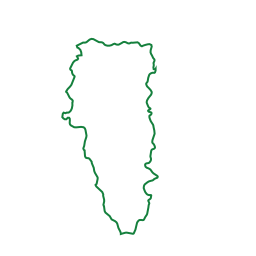 map outline of Transcarpathia (Equal Earth projection), rotated 63°
{"feature_id": "UKR-293", "entity_name": "Transcarpathia", "entity_type": "Region", "adm_level": 1, "iso_a3": "UKR", "parent_name": "Ukraine", "parent_adm1": "", "projection": "equal_earth", "projection_center": [23.378, 48.491], "detail": "fine", "context": "isolated", "style": "outline", "palette": "green", "viewbox_px": 256, "rotation_deg": 63, "n_neighbors": 0, "source": "natural_earth", "source_scale": "10m", "svg_char_len": 4625}
<svg xmlns="http://www.w3.org/2000/svg" viewBox="0 0 256 256"><g transform="rotate(63 128 128)"><path d="M31.4,136.3L31.5,129.2L32.4,127.6L32.7,126.1L31.8,122.1L32.0,120.1L33.1,118.5L38.2,115.0L38.7,114.3L39.5,112.8L40.1,112.1L41.0,111.5L43.1,111.0L44.0,110.4L45.2,109.1L46.2,107.2L46.7,105.1L46.6,103.0L46.8,101.7L47.4,101.1L48.2,100.6L48.8,99.8L49.4,98.7L49.5,98.0L49.4,94.7L49.3,93.9L49.3,93.1L49.8,91.9L50.0,91.7L50.6,91.0L52.4,89.7L53.1,88.8L53.3,88.2L53.3,87.0L53.4,86.5L54.3,84.8L56.0,80.6L57.4,79.8L60.3,79.4L61.5,78.5L61.5,76.9L61.9,74.6L62.4,72.4L63.0,70.8L64.6,69.5L66.2,69.9L69.0,72.5L70.9,73.6L72.6,73.8L74.2,73.7L77.0,73.8L78.7,73.4L79.5,73.5L80.3,74.1L81.7,75.8L82.5,76.0L83.9,76.6L85.6,77.9L87.2,78.4L88.1,76.9L87.9,76.6L89.3,77.3L90.7,78.7L90.8,79.5L90.0,80.8L89.8,81.5L89.8,81.9L89.7,82.7L89.7,83.1L89.9,84.2L90.2,84.8L90.6,85.3L92.5,87.2L95.2,89.2L95.7,89.7L95.9,90.2L96.1,90.6L96.2,90.9L96.6,91.4L96.8,91.7L97.3,91.9L97.9,92.0L99.1,92.1L99.8,92.0L100.3,91.9L101.0,91.6L104.1,90.7L106.3,90.5L106.8,90.6L107.4,90.9L108.1,91.5L108.8,92.3L110.5,96.1L112.0,98.4L112.5,98.9L113.0,99.3L113.6,99.7L114.4,99.9L117.9,100.2L119.0,100.1L119.7,99.9L120.5,99.3L120.8,99.2L121.1,99.3L121.3,99.8L121.3,100.1L121.4,101.2L121.4,101.6L121.5,101.9L121.6,102.0L121.8,102.3L122.3,102.3L122.9,102.1L123.2,101.8L124.4,100.5L124.7,100.3L125.1,100.2L125.5,100.3L126.2,100.9L126.5,101.4L126.6,101.9L126.6,102.4L126.7,102.8L126.8,103.1L126.9,103.4L127.2,103.6L127.8,103.9L128.6,104.2L130.8,104.5L132.4,104.6L136.4,104.2L137.2,104.3L139.1,104.9L142.2,105.7L145.2,106.9L149.9,111.7L151.4,112.7L152.0,112.9L152.6,112.9L153.8,112.5L154.6,112.4L155.6,112.4L156.5,112.5L157.4,112.7L157.8,113.0L158.1,113.4L158.3,114.2L158.3,114.7L158.1,115.6L158.1,116.0L158.1,116.4L158.2,116.8L158.5,117.2L158.9,117.7L163.2,120.8L163.9,121.1L164.6,121.2L165.5,121.4L165.9,121.5L166.3,121.7L166.9,122.1L167.1,122.3L167.5,122.7L167.8,123.2L168.3,124.2L168.5,124.9L168.6,125.4L168.4,126.2L168.3,126.5L168.1,126.9L167.9,127.7L167.9,128.0L167.9,128.4L168.0,128.8L168.2,129.1L168.6,129.5L169.5,129.8L170.1,129.9L170.6,129.9L171.3,129.6L172.0,129.3L172.2,129.0L173.5,127.9L175.1,126.9L178.5,126.4L180.0,125.9L183.7,123.8L184.1,123.6L184.5,123.6L184.9,123.6L185.2,123.9L185.5,124.2L185.6,124.9L185.5,125.5L185.4,126.3L185.4,126.9L185.4,127.6L185.4,128.0L185.7,128.7L185.8,129.4L185.8,129.8L185.8,130.2L185.7,130.6L185.6,130.9L185.1,133.4L185.1,134.2L185.2,135.4L185.8,138.4L185.9,138.8L186.2,139.2L186.7,139.9L187.6,140.6L188.2,141.0L188.7,141.3L191.1,141.6L193.1,141.7L194.8,141.4L195.5,141.2L195.9,141.0L196.5,140.6L197.0,140.1L197.4,139.6L197.5,139.3L198.0,138.3L198.2,138.0L198.5,137.9L198.8,138.0L199.1,138.2L199.6,138.7L200.6,139.3L200.9,139.7L201.2,140.2L201.4,141.4L201.5,142.2L201.7,142.7L201.9,142.9L202.2,143.0L204.1,143.1L204.7,143.2L205.2,143.6L205.8,144.3L206.7,145.0L208.2,146.0L213.2,149.9L213.5,150.3L213.8,150.6L215.2,153.1L216.8,155.3L216.9,155.6L217.0,156.0L216.8,156.7L216.3,157.5L215.9,158.0L215.6,158.7L215.4,159.0L215.3,159.4L215.2,159.8L215.3,160.3L215.4,160.9L215.9,161.8L216.1,162.4L216.6,163.0L221.9,167.5L224.5,170.7L224.6,171.1L224.5,171.6L220.6,176.7L220.1,177.9L219.4,181.3L219.2,182.5L218.6,182.2L217.0,181.9L212.7,181.9L208.3,181.0L206.8,181.1L205.0,181.9L202.0,184.1L198.2,184.3L193.1,186.5L191.4,186.5L186.8,184.9L186.7,185.0L185.3,184.8L182.5,182.5L181.0,181.8L177.1,180.9L175.9,180.2L173.4,180.0L165.7,182.8L164.0,182.8L163.5,181.3L159.5,178.1L158.2,177.5L152.8,177.8L151.0,177.6L147.9,176.6L142.9,176.2L141.5,175.7L138.6,176.2L137.7,176.4L136.9,177.0L136.5,177.7L136.2,178.2L135.7,178.7L135.5,178.9L135.2,179.1L133.6,179.1L128.6,177.0L128.4,177.0L128.3,176.9L128.2,177.0L127.5,177.2L126.9,177.2L126.3,177.2L125.8,177.0L124.1,175.2L120.4,172.5L117.2,169.3L115.9,168.4L110.5,166.8L108.8,166.6L107.2,167.2L105.7,169.3L103.9,173.9L102.9,175.6L99.6,177.8L98.3,178.0L97.1,177.7L95.9,177.0L94.7,176.3L93.3,175.7L92.2,175.8L91.5,177.0L92.2,179.0L91.5,180.4L90.1,181.2L88.5,181.6L85.7,179.6L85.1,178.4L86.4,177.0L86.5,175.4L87.1,174.5L87.3,173.5L86.8,171.6L86.0,170.3L85.0,169.1L82.7,167.3L80.0,166.0L79.7,165.5L78.4,164.8L77.1,165.1L75.8,165.8L74.4,166.2L68.8,166.2L67.8,166.7L67.6,166.7L67.2,166.3L65.9,164.0L64.8,160.8L63.8,158.8L58.1,152.3L57.8,152.2L57.5,152.1L57.2,152.2L55.7,152.8L54.5,152.9L53.3,152.7L51.8,152.1L51.4,152.1L51.1,152.1L50.8,152.3L50.2,152.7L49.6,152.8L49.0,152.7L48.5,152.3L44.8,147.3L44.0,145.3L43.9,143.9L44.1,142.8L44.1,141.8L43.6,141.0L43.0,140.9L40.9,141.0L40.9,139.4L42.1,136.4L39.3,135.3L36.7,135.0L34.2,135.8L33.4,136.6L33.2,136.6L31.4,136.3Z" fill="none" stroke="#15803d" stroke-width="2"/></g></svg>